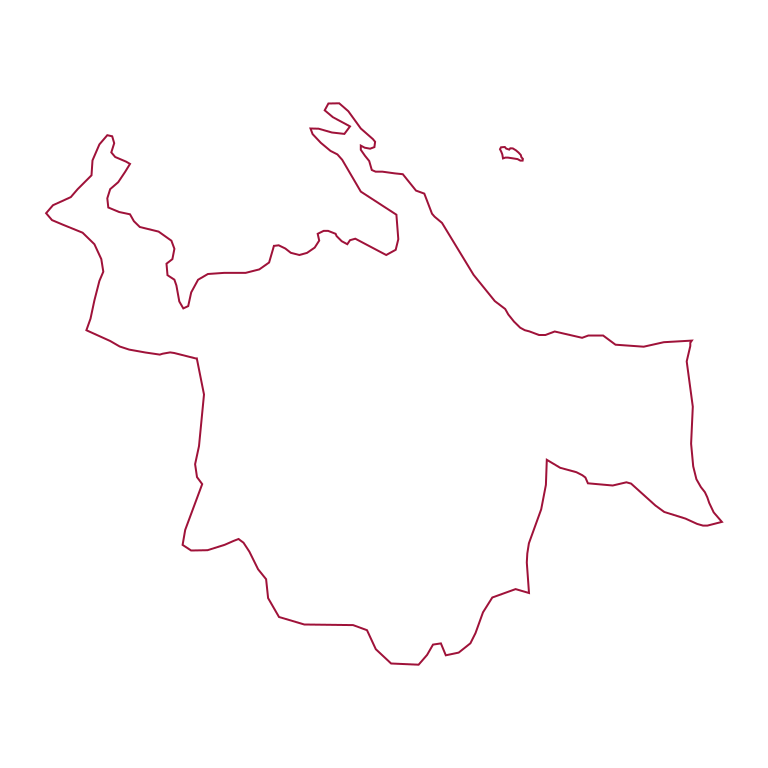 map outline of Ngöbe Buglé (Natural Earth projection)
{"feature_id": "PAN-3454", "entity_name": "Ngöbe Buglé", "entity_type": "Indigenous Territory", "adm_level": 1, "iso_a3": "PAN", "parent_name": "Panama", "parent_adm1": "", "projection": "natural_earth1", "projection_center": [-81.839, 8.721], "detail": "fine", "context": "isolated", "style": "outline", "palette": "rose", "viewbox_px": 768, "rotation_deg": 0, "n_neighbors": 0, "source": "natural_earth", "source_scale": "10m", "svg_char_len": 2872}
<svg xmlns="http://www.w3.org/2000/svg" viewBox="0 0 768 768"><path d="M274.0,245.9L278.7,245.3L285.3,248.5L290.8,252.8L299.3,255.0L307.0,252.9L314.7,247.6L319.2,240.6L317.7,233.8L323.6,230.9L328.2,230.9L335.6,233.8L336.6,236.1L341.7,241.2L347.3,244.2L350.0,240.2L355.3,238.7L386.2,255.0L395.7,249.8L398.3,239.2L396.4,214.7L360.8,191.6L342.2,159.8L337.4,154.4L330.5,150.9L320.8,142.8L312.6,134.1L310.5,128.5L318.6,128.7L331.9,132.5L344.4,133.9L350.0,126.4L332.9,117.2L324.7,110.3L328.4,103.5L339.2,103.3L348.3,111.2L360.8,128.5L372.9,139.1L375.1,141.8L374.4,147.1L370.1,148.7L364.7,147.7L360.8,145.6L360.8,149.8L365.0,155.8L369.2,161.0L371.8,170.0L375.7,171.7L382.6,171.7L395.0,173.4L402.8,174.2L416.0,190.6L424.3,193.6L432.0,213.7L434.6,216.7L442.0,222.9L473.6,274.9L494.8,301.1L505.2,309.0L508.3,314.5L514.0,321.6L520.2,327.7L524.8,330.2L529.4,331.4L539.0,335.0L545.4,335.0L554.7,331.5L582.1,337.8L588.4,335.5L603.1,335.5L615.5,344.7L643.7,346.7L663.8,342.2L691.8,340.6L690.3,342.8L690.3,346.0L686.7,361.4L692.8,406.7L691.1,443.7L693.2,466.3L696.4,479.2L700.9,487.1L704.9,492.2L707.3,497.3L709.2,502.9L713.7,512.4L721.9,521.9L707.4,525.6L703.0,525.6L697.1,523.9L685.5,518.6L664.3,512.0L655.4,505.5L631.1,483.6L626.4,482.3L612.7,485.5L587.9,483.3L585.4,477.5L582.3,475.2L576.4,472.2L560.2,467.8L546.8,459.8L545.9,484.9L541.2,509.3L528.9,543.3L527.3,553.5L526.8,562.5L529.0,593.0L515.6,589.1L492.3,597.5L483.0,612.3L475.5,633.1L470.4,643.3L458.7,652.6L445.8,655.3L440.9,643.4L433.0,644.6L427.1,654.9L418.6,664.7L391.1,663.5L375.8,649.2L367.0,630.2L353.1,625.1L304.3,624.5L279.0,617.0L268.1,598.1L266.1,579.2L258.1,569.3L249.4,551.7L243.5,542.7L238.5,539.0L233.4,541.0L224.7,544.8L207.5,550.2L191.1,550.5L182.6,544.9L185.2,529.9L202.2,484.1L197.0,477.1L195.1,464.2L199.0,446.1L204.0,394.5L196.8,358.4L196.0,358.5L174.2,353.0L170.1,352.4L162.7,353.7L159.8,354.6L145.4,352.5L129.2,349.6L119.7,346.5L110.2,341.0L87.4,330.7L86.4,330.2L90.5,318.7L94.4,300.4L99.4,280.9L103.3,271.7L101.3,259.1L94.4,244.2L82.6,232.7L62.9,224.7L52.0,220.1L46.1,213.2L53.0,205.2L70.8,197.1L77.7,189.1L91.5,175.3L92.5,160.4L99.4,144.4L107.3,135.2L112.2,136.3L114.2,143.2L111.3,152.4L115.2,157.0L126.0,161.6L130.0,163.9L125.1,171.9L118.2,182.2L110.2,189.1L107.3,198.3L108.3,207.5L119.1,212.0L130.0,214.3L133.9,221.2L139.8,227.0L158.6,231.6L171.4,240.7L174.4,248.8L172.4,259.1L166.5,263.7L167.5,275.2L174.4,279.7L176.4,285.5L179.3,301.5L183.3,308.4L188.2,306.1L191.2,292.4L198.1,279.7L207.9,274.0L223.7,272.9L245.5,272.9L259.3,269.4L269.1,262.5L273.1,248.8L273.9,245.9L274.0,245.9ZM504.8,147.0L506.2,148.6L509.2,149.6L510.3,148.3L512.8,148.4L515.9,150.3L518.6,152.6L520.8,155.0L521.4,157.2L522.9,158.9L522.6,160.6L520.3,160.6L517.6,159.1L513.2,158.4L507.9,157.6L505.4,157.6L503.0,158.4L502.3,154.4L501.2,151.6L500.0,149.2L501.0,147.3L504.8,147.0Z" fill="none" stroke="#9f1239" stroke-width="2"/></svg>